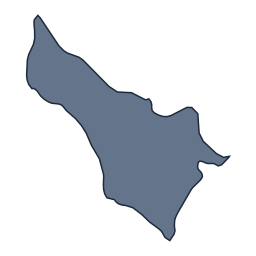 an SVG outline of Carchi
{"feature_id": "ECU-1409", "entity_name": "Carchi", "entity_type": "Province", "adm_level": 1, "iso_a3": "ECU", "parent_name": "Ecuador", "parent_adm1": "", "projection": "equal_earth", "projection_center": [-78.015, 0.766], "detail": "fine", "context": "isolated", "style": "filled", "palette": "slate", "viewbox_px": 256, "rotation_deg": 0, "n_neighbors": 0, "source": "natural_earth", "source_scale": "10m", "svg_char_len": 1404}
<svg xmlns="http://www.w3.org/2000/svg" viewBox="0 0 256 256"><path d="M37.8,15.4L40.1,17.7L58.8,45.7L63.5,50.5L67.3,53.0L79.1,57.3L83.1,60.2L109.0,86.5L117.4,92.0L131.5,92.7L145.0,99.6L147.1,99.6L148.1,98.9L149.1,99.1L151.0,101.8L151.7,104.5L151.7,107.5L152.1,110.4L154.2,112.8L158.8,115.2L163.1,116.5L167.1,116.6L171.1,115.5L186.9,107.4L191.8,107.5L197.8,113.7L199.1,133.0L203.3,141.4L216.4,153.6L223.6,157.4L229.4,156.3L228.7,157.5L221.6,164.8L218.3,165.9L214.4,163.8L213.3,163.5L207.8,163.5L206.0,163.1L203.0,161.7L201.3,161.3L200.1,161.2L199.2,161.4L198.5,162.2L198.0,163.5L197.6,166.3L197.8,168.0L198.4,169.4L200.6,171.7L201.5,173.0L202.1,174.3L202.3,175.5L202.4,176.6L201.7,178.2L200.3,180.1L192.8,187.5L191.2,189.6L177.5,213.2L175.8,216.8L174.7,220.1L174.4,224.5L174.5,227.1L175.0,230.5L174.2,233.9L169.8,240.6L165.0,237.4L161.6,231.4L159.2,229.1L149.8,222.2L141.8,214.5L132.8,207.7L125.8,205.5L122.3,205.1L118.3,203.7L115.7,201.5L114.5,199.7L106.9,197.8L104.7,193.8L103.6,189.2L103.4,184.3L103.7,176.6L103.5,174.2L99.4,158.8L91.5,145.4L86.3,133.3L81.5,125.6L75.4,118.5L66.4,110.6L62.9,106.3L61.3,104.9L58.9,104.0L51.6,103.2L47.7,101.5L45.0,99.7L44.0,99.1L40.7,96.0L37.1,90.9L34.0,88.4L32.0,88.7L29.6,85.6L28.8,84.6L27.1,79.9L26.6,75.1L27.4,59.7L28.7,54.5L33.4,44.5L34.7,38.5L34.6,30.0L34.1,25.3L34.0,21.5L34.4,19.6L37.8,15.4L37.8,15.4Z" fill="#64748b" stroke="#1e293b" stroke-width="1.5"/></svg>